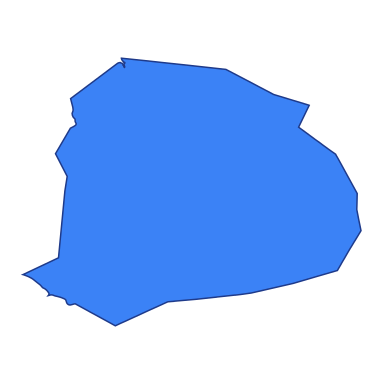 Songino, Dzavhan, Mongolia
{"feature_id": "93677404B94463356212555", "entity_name": "Songino", "entity_type": "district", "adm_level": 2, "iso_a3": "MNG", "parent_name": "Mongolia", "parent_adm1": "Dzavhan", "projection": "equal_earth", "projection_center": [95.763, 48.99], "detail": "fine", "context": "isolated", "style": "filled", "palette": "blue", "viewbox_px": 384, "rotation_deg": 0, "n_neighbors": 0, "source": "geoboundaries", "source_scale": "gbopen_adm2", "svg_char_len": 2514}
<svg xmlns="http://www.w3.org/2000/svg" viewBox="0 0 384 384"><path d="M121.4,58.2L121.4,58.6L121.6,59.2L122.0,59.9L122.4,60.8L123.5,61.5L123.5,61.8L123.4,62.0L123.6,62.2L124.5,62.4L124.8,62.5L124.8,63.1L124.6,63.5L124.0,63.9L123.4,64.1L123.2,64.2L123.6,64.6L124.2,65.1L124.3,65.3L124.3,65.6L124.2,65.9L124.4,66.1L124.6,66.3L124.7,66.7L124.7,67.1L124.4,67.4L124.1,67.1L123.8,66.5L123.7,65.9L123.6,65.6L123.1,65.3L123.0,65.1L123.0,64.6L122.8,64.2L122.5,63.7L121.7,63.2L121.1,63.1L120.9,63.0L120.7,62.7L120.3,62.5L119.6,62.6L118.7,62.8L117.7,63.2L115.7,64.7L70.6,98.6L72.8,107.2L73.1,109.6L73.0,110.9L72.1,113.4L72.4,115.4L72.8,116.2L73.1,117.0L73.8,117.8L74.6,118.7L75.0,119.1L75.1,119.7L75.1,120.2L75.1,121.1L75.3,121.9L75.8,122.9L76.1,123.4L76.2,124.0L75.8,125.0L74.8,125.8L73.5,126.6L70.4,128.2L55.5,153.7L67.2,176.4L64.9,190.9L58.5,257.8L23.0,274.6L23.4,274.7L26.1,275.7L28.6,276.7L30.3,277.6L31.8,278.4L33.1,279.3L35.1,280.9L37.6,282.9L38.9,283.9L40.5,285.2L42.1,287.1L42.8,287.8L43.3,288.0L44.1,288.4L45.3,289.1L46.7,290.3L48.4,292.4L48.9,293.3L49.0,293.7L49.0,294.0L48.9,294.4L48.8,294.8L48.2,295.6L50.7,294.9L51.2,294.9L51.8,294.9L52.9,295.1L53.6,295.4L55.0,295.9L55.8,296.1L57.2,296.4L59.8,297.1L61.4,297.6L63.3,298.4L64.5,298.9L65.2,299.4L65.6,299.8L65.9,300.1L66.0,300.7L66.3,301.5L66.7,302.8L67.2,303.6L67.8,304.2L68.6,304.7L69.3,304.9L70.2,305.0L70.9,304.8L71.6,304.7L72.3,304.5L73.3,304.2L74.0,304.0L75.2,303.8L88.9,311.3L89.2,311.5L105.9,320.6L110.1,322.9L115.3,325.8L120.4,323.4L125.8,321.0L129.7,319.2L151.9,309.0L152.0,309.0L155.9,307.2L156.0,307.2L161.2,304.8L161.3,304.8L163.6,303.7L167.8,301.8L174.0,301.3L174.1,301.2L196.0,299.3L216.5,297.1L216.9,297.0L225.5,296.1L234.7,295.1L235.3,295.1L238.0,294.8L238.7,294.7L240.6,294.5L251.3,293.0L293.2,283.4L314.0,277.3L315.0,277.0L337.4,270.5L339.0,267.7L339.3,267.2L341.1,264.1L341.4,263.5L343.5,259.9L344.3,258.6L346.3,255.1L349.6,249.4L349.9,249.0L350.3,248.2L350.8,247.5L352.2,245.2L353.4,243.2L353.7,242.7L354.6,241.2L354.9,240.8L361.0,230.7L360.4,227.7L358.5,218.5L358.4,217.9L357.8,214.8L356.8,209.7L356.8,208.6L356.9,205.8L356.9,205.7L357.0,202.0L357.2,193.5L340.5,163.0L337.0,156.7L336.8,156.5L335.6,154.2L333.2,152.5L331.6,151.4L328.1,148.9L323.2,145.3L322.5,144.8L322.1,144.5L320.7,143.4L314.4,138.9L314.2,138.7L298.6,127.2L309.2,105.3L309.0,105.2L273.7,94.5L257.7,86.1L257.4,85.9L256.8,85.6L225.9,69.4L222.1,69.0L186.6,65.1L161.1,62.4L152.9,61.5L147.5,60.9L147.4,60.9L121.4,58.2Z" fill="#3b82f6" stroke="#1e3a8a" stroke-width="1.5"/></svg>